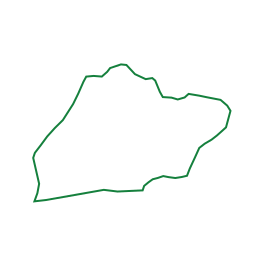 the district of Samarahan, Sarawak, Malaysia, rotated 171°
{"feature_id": "92858781B97238976532983", "entity_name": "Samarahan", "entity_type": "district", "adm_level": 2, "iso_a3": "MYS", "parent_name": "Malaysia", "parent_adm1": "Sarawak", "projection": "equal_earth", "projection_center": [110.479, 1.444], "detail": "fine", "context": "isolated", "style": "outline", "palette": "green", "viewbox_px": 256, "rotation_deg": 171, "n_neighbors": 0, "source": "geoboundaries", "source_scale": "gbopen_adm2", "svg_char_len": 806}
<svg xmlns="http://www.w3.org/2000/svg" viewBox="0 0 256 256"><g transform="rotate(171 128 128)"><path d="M80.3,151.2L88.8,153.1L90.9,158.8L93.7,170.6L96.2,173.5L102.9,173.5L112.7,180.1L119.7,190.5L125.0,191.9L136.3,190.0L139.8,186.7L145.8,182.9L153.8,184.8L161.2,185.3L164.8,180.6L171.8,169.7L178.5,160.2L191.1,146.0L200.3,139.4L209.1,132.3L216.8,124.7L223.8,118.1L224.3,117.2L226.3,113.3L225.6,102.9L224.5,86.8L227.7,77.8L231.9,70.2L220.3,69.7L161.6,70.7L148.3,66.9L123.3,64.1L121.1,68.3L116.2,71.2L111.6,73.5L106.4,74.0L100.7,75.0L95.5,73.1L89.1,71.2L82.5,71.2L77.2,71.6L73.3,78.3L66.3,88.7L60.7,97.2L54.7,100.5L47.3,103.4L41.3,106.7L31.1,113.3L24.1,128.9L26.5,134.6L32.2,141.3L45.2,146.0L52.6,148.8L62.8,152.2L67.3,149.3L74.4,148.4L80.3,151.2Z" fill="none" stroke="#15803d" stroke-width="2"/></g></svg>